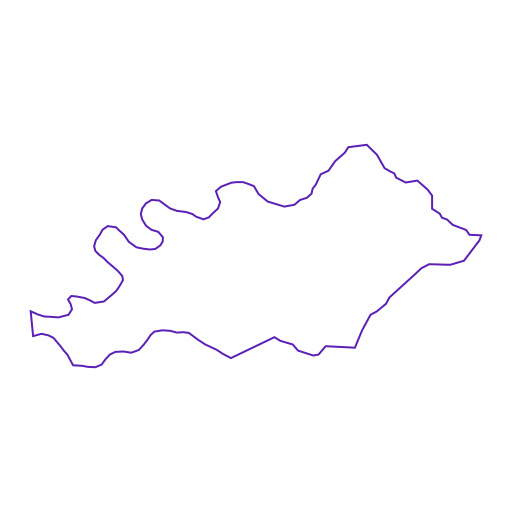 Dezesseis de Novembro, Rio Grande do Sul, Brazil, rotated 270°
{"feature_id": "56859067B97658409243233", "entity_name": "Dezesseis de Novembro", "entity_type": "district", "adm_level": 2, "iso_a3": "BRA", "parent_name": "Brazil", "parent_adm1": "Rio Grande do Sul", "projection": "equal_earth", "projection_center": [-55.077, -28.199], "detail": "fine", "context": "isolated", "style": "outline", "palette": "violet", "viewbox_px": 512, "rotation_deg": 270, "n_neighbors": 0, "source": "geoboundaries", "source_scale": "gbopen_adm2", "svg_char_len": 2045}
<svg xmlns="http://www.w3.org/2000/svg" viewBox="0 0 512 512"><g transform="rotate(270 256 256)"><path d="M320.9,215.9L314.7,218.0L309.9,220.2L303.5,218.0L298.7,212.8L294.6,208.8L292.7,203.5L295.3,196.1L298.0,192.3L300.0,186.0L301.1,177.0L303.5,170.2L306.8,165.6L311.5,159.2L312.1,151.7L308.7,146.0L303.7,142.3L297.9,140.8L292.5,142.2L286.3,146.0L282.2,151.5L280.1,158.3L274.8,162.9L270.5,162.7L266.6,160.3L263.0,155.2L262.5,149.8L263.3,143.2L264.7,136.4L270.1,128.9L277.4,123.9L281.3,119.5L284.7,116.0L285.9,107.7L282.2,102.5L277.6,100.0L271.7,95.8L265.7,94.1L261.0,95.4L257.0,99.4L253.9,103.7L249.8,107.7L245.0,113.4L241.2,117.7L236.0,122.3L231.9,123.0L225.5,119.3L220.8,116.0L216.6,111.2L210.5,103.9L209.1,94.7L211.6,90.1L214.0,84.7L215.5,76.6L216.0,71.3L212.5,68.0L208.0,70.6L202.8,72.0L197.2,68.5L194.6,58.4L195.2,50.6L195.5,44.3L197.6,37.7L200.7,30.7L175.9,33.1L178.2,41.5L176.7,48.3L174.1,53.5L166.3,60.1L161.4,63.8L157.3,67.4L146.7,73.1L146.2,82.0L145.1,88.1L144.8,95.4L147.4,101.6L152.5,105.3L157.5,109.9L160.1,115.4L160.5,123.3L159.3,131.3L162.0,138.8L167.3,143.7L172.4,147.6L177.2,150.8L180.4,154.4L181.7,162.5L181.2,170.2L179.4,177.0L179.8,183.3L179.1,188.9L175.7,193.4L172.0,198.4L167.7,205.0L164.4,211.9L162.3,216.5L158.2,222.8L153.9,230.9L174.8,274.4L171.1,280.5L167.5,292.8L161.4,298.0L156.5,313.2L157.4,318.5L165.8,325.7L164.3,354.9L172.3,358.2L181.7,362.1L197.2,370.5L200.6,376.8L208.2,386.0L214.6,389.5L239.4,416.8L243.8,421.4L247.8,429.2L247.2,450.2L251.3,464.0L271.7,479.5L276.7,481.3L277.2,469.5L282.1,466.0L287.1,452.8L292.5,447.0L294.4,441.9L298.3,439.8L303.2,432.1L316.4,432.1L322.3,427.7L331.4,417.4L329.5,405.6L334.4,396.1L338.5,394.4L340.7,390.0L343.8,384.6L357.3,376.9L360.8,373.3L367.2,366.8L364.8,348.3L359.3,344.8L350.8,335.1L341.3,328.5L337.7,320.7L327.0,315.6L323.5,312.7L318.3,311.5L314.2,306.9L312.0,300.0L307.3,294.5L305.4,284.4L310.4,267.8L317.9,258.6L325.9,253.9L328.0,248.5L329.9,243.0L329.9,236.7L329.3,231.4L327.3,226.1L325.2,220.9L320.9,215.9Z" fill="none" stroke="#5b21b6" stroke-width="2"/></g></svg>